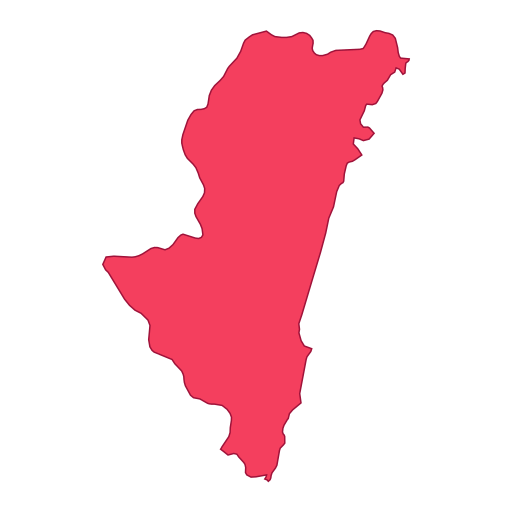 the Prefecture of Miyazaki
{"feature_id": "JPN-1831", "entity_name": "Miyazaki", "entity_type": "Prefecture", "adm_level": 1, "iso_a3": "JPN", "parent_name": "Japan", "parent_adm1": "", "projection": "albers", "projection_center": [131.344, 32.095], "detail": "fine", "context": "isolated", "style": "filled", "palette": "rose", "viewbox_px": 512, "rotation_deg": 0, "n_neighbors": 0, "source": "natural_earth", "source_scale": "10m", "svg_char_len": 3034}
<svg xmlns="http://www.w3.org/2000/svg" viewBox="0 0 512 512"><path d="M409.2,58.9L408.9,60.4L407.8,61.6L406.6,62.4L405.8,63.2L405.2,68.4L405.0,73.0L402.9,74.3L399.2,69.1L396.1,67.9L394.7,72.1L390.6,74.7L387.4,80.2L384.1,83.1L382.8,84.6L382.1,86.1L382.2,86.6L382.6,87.5L382.9,89.9L381.9,93.3L377.3,101.6L375.8,103.5L372.2,104.7L366.8,104.1L365.7,105.5L364.3,110.8L359.9,119.9L360.6,123.8L363.4,127.2L367.9,127.1L369.5,128.0L374.1,133.3L369.1,139.1L363.4,140.6L359.1,138.8L354.1,137.9L353.3,144.0L357.8,148.8L361.8,155.0L355.1,159.7L352.4,161.3L349.3,162.0L347.3,163.1L346.2,165.8L344.3,174.0L343.7,181.2L342.9,182.7L341.5,183.4L339.3,185.4L336.7,191.6L333.5,206.9L328.8,218.1L325.7,233.1L320.5,252.3L311.7,281.6L301.8,314.8L298.8,323.7L299.5,329.3L298.9,332.8L301.1,340.7L304.3,346.0L311.7,348.7L310.8,351.5L307.0,356.7L306.2,359.2L299.7,393.6L301.0,402.9L292.6,409.9L289.4,413.7L288.2,418.7L287.5,419.3L284.0,425.2L282.9,428.3L282.5,432.0L283.2,434.0L284.2,435.1L284.7,436.5L284.8,443.1L283.5,444.8L280.2,448.2L279.5,450.4L276.9,465.2L275.5,468.0L272.0,472.8L271.1,475.6L270.8,477.9L270.1,479.7L268.3,481.3L267.3,480.1L266.6,479.7L264.8,479.0L266.0,477.1L266.3,476.2L266.6,474.9L256.0,476.8L251.0,477.1L246.8,474.9L245.5,472.6L245.7,467.5L245.0,464.4L243.8,462.5L238.7,456.9L237.0,454.3L235.7,453.9L233.7,453.5L228.0,455.0L223.5,451.4L220.6,449.2L221.2,448.4L221.9,447.0L228.8,436.7L230.1,432.6L230.3,427.6L231.4,420.5L231.5,417.2L230.1,413.4L227.1,409.3L222.1,405.4L214.3,404.1L211.5,404.1L209.2,403.8L207.6,403.3L199.8,398.9L193.5,397.7L190.5,395.2L185.4,385.8L184.4,382.5L184.0,379.5L183.8,376.5L183.1,374.1L181.7,371.0L174.8,363.7L172.1,359.5L154.1,352.1L152.0,350.3L149.9,346.8L148.7,339.7L150.0,325.5L148.0,320.1L141.1,313.3L135.0,310.2L129.5,305.3L124.6,299.2L108.3,272.4L105.6,269.8L102.8,264.4L106.1,257.0L113.8,256.2L131.9,257.2L135.2,256.8L138.9,255.7L142.6,253.9L151.0,248.5L154.5,247.5L157.7,247.6L165.0,249.8L169.0,248.2L173.0,244.6L178.0,237.6L180.8,235.1L183.0,234.2L195.4,238.1L198.6,238.5L201.4,237.4L202.9,234.9L202.1,228.7L200.4,224.3L196.0,216.6L194.8,213.2L194.8,209.3L197.8,203.7L202.8,196.6L204.5,192.8L204.7,188.5L203.5,184.9L199.7,177.8L198.2,173.0L195.9,167.7L193.2,164.2L187.4,158.4L185.2,154.8L183.3,149.6L182.4,145.9L181.8,143.1L181.8,139.8L182.9,134.6L187.8,120.2L191.1,114.4L194.1,110.8L197.4,109.5L201.1,109.4L204.3,108.7L206.7,107.3L208.0,104.1L209.3,95.5L211.4,90.2L214.7,85.6L220.2,80.4L223.6,76.5L227.7,68.5L229.3,66.3L236.9,58.2L240.7,51.3L243.6,43.1L245.2,40.1L249.3,36.9L252.5,34.8L266.4,31.1L271.3,34.7L274.9,36.6L281.6,37.4L286.6,37.4L291.8,36.6L299.2,32.9L302.9,32.5L306.6,33.4L309.7,35.4L311.6,37.9L313.0,40.3L313.1,43.2L312.6,45.7L312.2,48.2L312.7,50.6L314.3,53.0L316.3,54.7L319.3,55.6L322.6,55.6L327.6,54.2L330.7,52.2L335.8,50.4L359.9,49.3L363.2,48.5L364.3,46.9L366.0,44.1L369.7,36.1L371.2,33.6L373.3,31.5L376.4,30.7L380.1,31.0L385.1,32.7L389.0,33.4L392.7,35.0L395.3,38.3L397.6,47.6L398.2,52.5L399.3,56.3L400.6,58.1L409.2,58.9Z" fill="#f43f5e" stroke="#9f1239" stroke-width="1.5"/></svg>